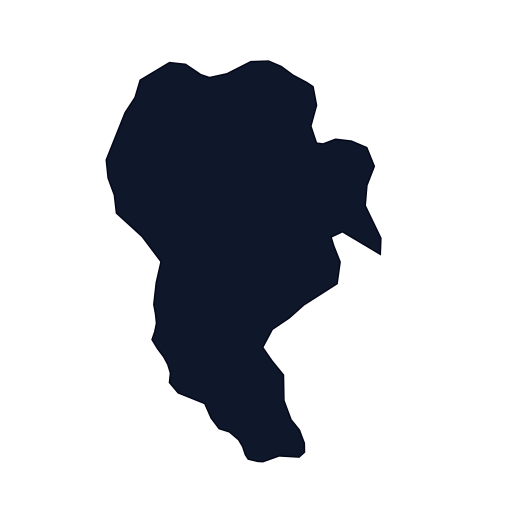 an SVG outline of Nevsehir, rotated 170°
{"feature_id": "TUR-2288", "entity_name": "Nevsehir", "entity_type": "Province", "adm_level": 1, "iso_a3": "TUR", "parent_name": "Turkey", "parent_adm1": "", "projection": "orthographic", "projection_center": [34.679, 38.876], "detail": "fine", "context": "isolated", "style": "filled", "palette": "ink", "viewbox_px": 512, "rotation_deg": 170, "n_neighbors": 0, "source": "natural_earth", "source_scale": "10m", "svg_char_len": 1033}
<svg xmlns="http://www.w3.org/2000/svg" viewBox="0 0 512 512"><g transform="rotate(170 256 256)"><path d="M307.6,461.5L292.1,457.0L278.9,444.2L270.8,439.8L253.1,440.5L227.3,448.3L209.8,445.8L198.3,438.3L188.2,427.7L175.7,417.9L170.4,412.8L170.2,393.9L179.4,374.4L176.8,356.7L170.5,354.7L157.4,357.2L142.1,352.6L128.1,343.5L123.9,323.8L134.5,306.3L139.7,286.6L129.9,251.8L133.3,236.1L166.7,264.9L178.8,261.6L177.7,252.7L174.2,235.5L180.9,214.7L217.4,199.5L233.9,189.3L252.7,180.9L265.3,164.8L258.4,149.8L249.6,134.0L253.6,108.8L249.9,88.7L243.5,77.1L240.9,63.3L242.3,54.4L248.5,50.5L267.9,55.1L285.0,52.2L289.9,53.4L298.9,57.3L301.0,62.2L302.2,70.5L305.0,78.0L312.8,87.4L322.3,92.4L328.3,104.2L332.1,119.6L356.4,134.7L363.2,146.4L360.6,155.6L361.7,164.5L364.4,172.7L369.1,182.0L372.9,191.7L368.9,198.9L365.7,207.0L365.0,216.5L365.1,225.9L358.9,247.0L350.5,266.9L364.8,295.0L386.0,322.5L384.9,340.6L388.1,358.4L386.8,376.6L360.0,419.9L347.6,433.1L339.5,449.3L307.6,461.5Z" fill="#0f172a" stroke="#020617" stroke-width="1.5"/></g></svg>